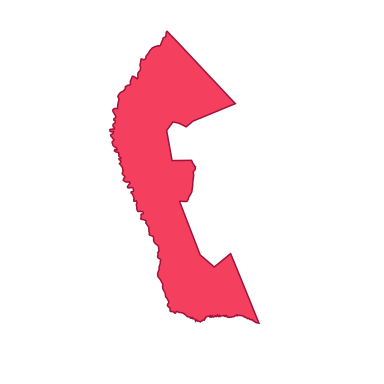 Ribeiro Gonçalves, Piauí, Brazil, rotated 325°
{"feature_id": "56859067B47618229144297", "entity_name": "Ribeiro Gonçalves", "entity_type": "district", "adm_level": 2, "iso_a3": "BRA", "parent_name": "Brazil", "parent_adm1": "Piauí", "projection": "natural_earth1", "projection_center": [-45.448, -8.057], "detail": "fine", "context": "isolated", "style": "filled", "palette": "rose", "viewbox_px": 384, "rotation_deg": 325, "n_neighbors": 0, "source": "geoboundaries", "source_scale": "gbopen_adm2", "svg_char_len": 5152}
<svg xmlns="http://www.w3.org/2000/svg" viewBox="0 0 384 384"><g transform="rotate(325 192 192)"><path d="M262.8,46.2L262.0,46.9L261.0,48.4L259.2,49.8L258.0,49.4L257.1,49.3L256.1,49.7L255.5,50.4L253.3,51.7L250.1,53.8L249.3,53.8L248.7,53.2L248.0,52.6L246.2,52.3L245.2,51.6L243.6,51.5L241.9,51.2L240.5,51.7L239.6,51.7L237.7,52.5L237.1,52.7L236.5,53.2L235.8,53.3L232.7,54.2L231.9,54.7L231.1,55.7L230.4,56.1L229.5,56.2L228.4,56.0L227.1,54.1L226.5,53.9L223.0,57.5L222.3,58.0L221.8,59.0L221.1,60.8L220.3,61.7L218.9,62.8L217.6,63.0L216.4,63.3L215.7,63.8L214.8,65.0L213.0,67.7L211.9,67.7L211.7,66.3L210.0,63.2L209.3,63.1L208.5,63.6L207.5,64.3L206.8,64.8L205.8,65.4L205.1,65.9L204.5,66.5L203.5,68.4L202.3,68.5L200.2,67.6L199.3,67.7L198.1,67.5L197.5,67.7L197.2,68.6L196.6,69.0L195.2,69.6L192.9,69.9L191.4,69.5L189.8,69.6L187.9,70.2L186.0,71.2L185.7,73.2L185.5,74.2L184.9,74.6L181.8,77.4L179.3,80.3L178.8,80.8L177.9,80.2L176.9,79.3L175.4,79.0L174.3,79.3L173.7,79.9L173.3,81.9L173.0,86.4L172.1,87.2L169.8,87.3L169.3,88.1L169.4,88.9L169.9,89.5L169.1,90.8L168.4,91.2L166.7,91.2L165.8,91.6L164.9,93.1L165.3,94.9L164.5,95.8L163.6,95.1L160.6,93.7L160.2,94.3L159.7,95.5L160.6,96.6L162.3,97.4L161.7,98.3L160.4,98.7L159.7,98.7L158.2,98.5L157.6,99.5L157.9,101.7L157.8,103.2L158.1,104.6L155.5,105.1L154.8,105.9L154.0,108.7L154.3,110.4L154.8,111.0L155.2,112.4L155.1,114.1L154.3,114.4L153.6,113.7L153.2,113.0L152.5,113.3L152.0,113.8L152.4,115.2L154.5,117.7L153.0,120.1L152.7,120.9L152.8,121.7L153.4,123.1L152.7,123.7L152.0,123.5L151.2,122.9L150.9,123.6L151.5,125.5L151.2,126.4L148.8,127.2L149.1,129.5L149.0,130.5L149.0,131.9L148.7,132.8L147.9,134.3L147.5,135.6L145.9,136.3L145.3,137.1L145.4,138.5L145.8,139.5L145.6,141.3L144.5,141.5L143.1,142.3L142.4,142.9L143.1,145.0L143.7,146.1L144.6,146.7L145.7,147.5L146.5,148.0L146.4,149.2L144.7,149.6L143.9,150.0L142.7,150.3L141.8,151.3L142.0,152.0L145.7,154.2L146.0,155.2L145.4,156.4L144.3,157.9L142.3,157.0L141.5,157.7L142.1,159.4L141.4,162.2L140.8,164.1L139.8,164.8L139.1,166.1L139.8,166.8L140.5,166.8L141.3,167.2L140.9,168.7L140.5,169.7L138.9,170.5L138.1,172.9L137.2,174.0L136.5,175.8L136.5,176.7L137.0,177.4L137.7,177.7L140.0,179.5L140.4,180.2L140.3,181.1L139.8,181.6L139.1,181.8L138.0,181.1L137.2,181.3L136.3,182.9L135.4,183.9L134.6,184.6L135.0,185.6L136.2,186.6L137.1,187.9L137.6,188.8L137.7,189.8L136.4,190.8L136.4,195.6L136.2,196.4L135.4,197.5L134.7,198.9L134.1,199.5L133.9,200.2L133.8,200.9L132.7,202.0L132.6,202.9L132.9,203.5L134.5,205.7L134.7,206.6L134.2,207.5L132.5,210.1L132.2,212.1L132.5,213.7L133.2,215.8L133.4,217.0L133.0,217.9L131.8,220.0L131.1,221.5L129.3,221.9L128.7,223.1L127.9,224.2L127.0,224.8L126.5,225.7L126.5,226.8L126.8,227.5L127.6,229.1L127.1,230.0L126.0,230.8L125.2,232.1L122.1,234.5L121.2,235.7L120.8,236.5L118.7,237.8L117.2,239.0L115.9,240.9L115.6,242.1L115.8,245.5L115.7,246.8L115.4,248.6L115.2,250.6L114.7,251.6L113.5,252.6L113.0,253.8L112.6,254.6L112.5,256.0L112.2,257.4L112.3,258.4L112.1,259.3L110.2,262.9L110.6,264.3L110.4,265.1L110.2,267.6L109.8,268.9L109.3,269.5L107.9,269.8L106.7,270.9L106.8,272.3L107.3,274.5L106.7,275.7L106.1,276.3L105.8,277.4L106.3,278.0L107.1,278.2L107.7,279.3L108.5,280.6L108.4,281.4L109.0,281.7L109.8,281.5L110.4,280.8L111.5,281.5L111.8,282.5L112.4,283.2L113.3,284.1L113.9,284.7L114.6,285.1L115.1,286.1L115.7,286.8L115.6,287.9L116.2,288.5L116.4,289.5L116.3,290.2L117.0,291.8L117.8,292.6L118.5,293.3L118.4,294.4L118.9,294.9L119.8,294.6L120.4,295.1L119.8,295.6L120.0,296.4L120.5,296.8L121.2,297.2L121.5,297.9L121.2,298.9L120.8,299.9L122.0,299.7L122.6,299.7L122.4,300.7L122.8,301.2L123.8,302.1L124.3,303.2L125.1,303.1L126.3,303.3L127.6,303.2L128.5,304.0L129.2,303.5L130.4,303.3L131.2,302.5L132.1,302.7L133.1,302.6L134.1,303.1L134.9,303.8L134.9,304.8L135.6,304.6L136.3,304.2L136.1,305.6L136.8,305.9L137.3,305.1L138.0,305.2L137.6,306.1L138.0,306.8L139.0,306.8L139.8,307.4L140.3,306.8L141.0,307.4L140.8,308.1L141.6,308.2L142.3,307.6L142.4,308.4L142.5,309.4L143.6,308.7L143.7,310.1L144.6,310.0L146.0,311.0L146.9,311.1L147.2,312.1L148.1,313.2L148.4,312.3L149.3,312.8L149.5,315.2L150.3,315.8L151.0,316.2L151.8,316.6L152.6,317.2L153.6,317.4L155.1,318.3L156.1,317.9L157.2,318.7L157.9,318.3L158.2,319.4L159.1,319.2L159.6,320.1L160.8,320.8L161.6,321.7L162.3,322.3L162.7,323.0L163.3,323.5L163.0,324.3L163.9,325.1L164.4,326.5L165.1,327.9L166.1,328.2L166.3,329.6L167.3,330.7L168.3,331.2L168.0,331.8L168.4,333.3L169.0,334.0L169.1,334.9L169.6,335.8L170.7,336.9L171.6,337.9L182.8,289.0L188.3,264.6L167.2,266.2L162.6,248.2L175.7,195.3L176.4,192.7L177.9,193.3L179.7,195.0L181.9,196.5L182.9,196.7L183.6,196.4L185.0,195.6L185.9,194.7L186.5,194.3L187.6,193.9L188.8,193.3L191.4,192.1L192.3,191.4L194.7,188.8L195.4,188.2L198.4,184.3L198.9,183.7L203.1,179.2L204.0,177.0L204.8,176.3L205.5,175.9L207.4,175.4L208.2,174.8L208.6,173.9L209.3,173.4L209.0,172.4L209.1,171.4L209.1,169.3L209.3,168.3L209.5,167.0L209.8,165.8L193.7,154.8L206.5,127.1L216.5,123.7L217.3,124.5L220.6,127.9L224.6,135.3L231.5,134.7L233.6,134.5L242.3,136.5L246.5,137.4L248.2,137.8L273.4,143.4L278.2,144.5L277.0,136.7L268.0,74.2L266.2,61.4L266.0,60.5L263.8,46.1L262.8,46.2Z" fill="#f43f5e" stroke="#9f1239" stroke-width="1.5"/></g></svg>